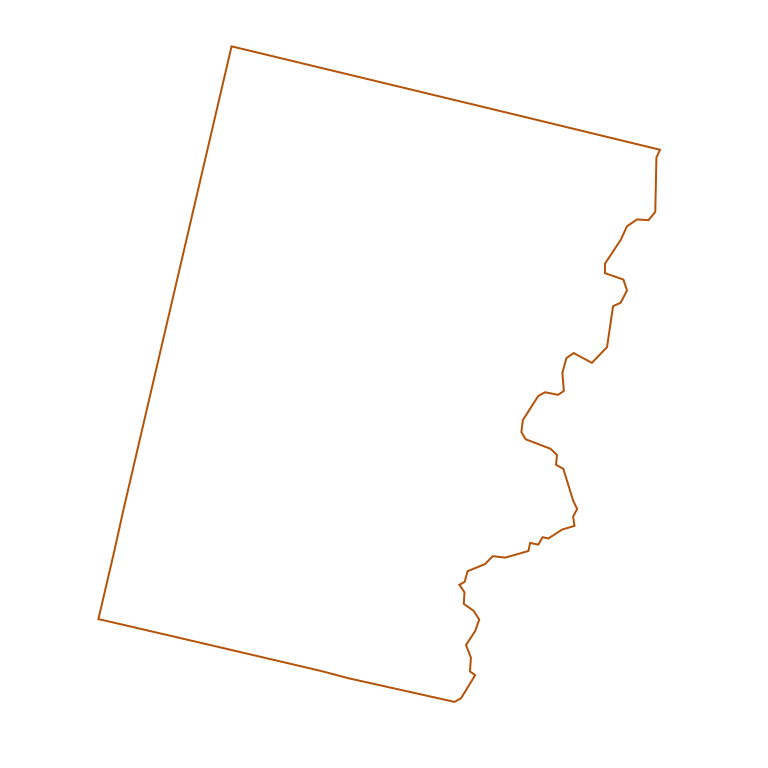 the district of Lincoln, Washington, United States of America, rotated 103°
{"feature_id": "52423323B25148462267698", "entity_name": "Lincoln", "entity_type": "district", "adm_level": 2, "iso_a3": "USA", "parent_name": "United States of America", "parent_adm1": "Washington", "projection": "natural_earth1", "projection_center": [-118.323, 47.609], "detail": "fine", "context": "isolated", "style": "outline", "palette": "amber", "viewbox_px": 768, "rotation_deg": 103, "n_neighbors": 0, "source": "geoboundaries", "source_scale": "gbopen_adm2", "svg_char_len": 943}
<svg xmlns="http://www.w3.org/2000/svg" viewBox="0 0 768 768"><g transform="rotate(103 384 384)"><path d="M155.3,158.4L102.0,169.5L93.7,167.8L91.9,331.7L89.3,608.5L564.0,609.6L607.5,609.2L677.3,609.4L677.4,512.9L677.8,380.2L678.7,352.5L677.9,243.8L672.8,238.2L647.2,229.7L644.7,235.6L631.2,237.7L619.8,245.4L604.3,239.6L592.1,238.2L585.0,245.4L580.3,256.8L568.9,258.7L562.7,265.4L558.6,260.9L547.5,260.4L536.8,245.1L527.3,239.3L525.9,226.9L514.2,205.7L506.0,205.9L505.8,197.6L497.6,195.0L497.5,189.1L485.6,177.5L479.4,166.5L470.7,169.9L462.3,167.7L455.2,173.4L426.3,190.2L424.0,198.2L414.2,199.5L409.7,207.1L406.0,233.5L400.0,239.3L388.0,240.6L361.0,231.0L355.8,225.2L355.4,212.0L350.3,207.2L333.0,212.7L317.7,212.1L311.2,206.2L316.6,186.2L297.9,175.0L256.6,178.3L251.6,171.7L238.2,168.3L228.4,174.2L226.3,193.7L216.9,195.7L190.1,185.7L175.6,182.7L166.7,174.4L164.9,163.2L155.3,158.4Z" fill="none" stroke="#b45309" stroke-width="2"/></g></svg>